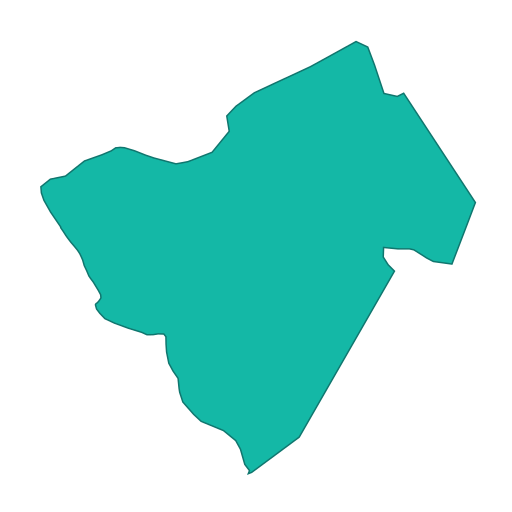 Esperance, Vieux Fort, Saint Lucia (Natural Earth projection), rotated 92°
{"feature_id": "8701671B19142540356259", "entity_name": "Esperance", "entity_type": "district", "adm_level": 2, "iso_a3": "LCA", "parent_name": "Saint Lucia", "parent_adm1": "Vieux Fort", "projection": "natural_earth1", "projection_center": [-60.961, 13.789], "detail": "fine", "context": "isolated", "style": "filled", "palette": "teal", "viewbox_px": 512, "rotation_deg": 92, "n_neighbors": 0, "source": "geoboundaries", "source_scale": "gbopen_adm2", "svg_char_len": 1449}
<svg xmlns="http://www.w3.org/2000/svg" viewBox="0 0 512 512"><g transform="rotate(92 256 256)"><path d="M233.9,452.1L234.5,452.2L238.4,449.3L240.0,448.2L242.2,446.7L244.4,445.0L248.7,441.5L252.4,438.1L256.4,434.6L259.8,432.2L262.9,430.6L266.0,429.1L271.6,427.3L276.6,424.7L281.8,422.3L284.4,420.4L287.6,417.8L290.8,415.7L295.8,412.4L300.1,409.9L303.2,409.5L304.4,410.1L306.8,411.7L308.4,413.1L309.1,414.1L310.0,414.7L310.6,414.7L314.5,413.5L318.7,410.1L323.9,404.8L328.1,394.9L332.7,380.8L336.3,367.5L338.5,362.2L338.2,356.1L337.2,351.1L337.2,345.4L339.8,343.2L347.3,342.8L355.1,342.0L366.2,339.4L374.0,334.8L381.0,329.6L391.3,328.2L394.9,327.5L404.5,324.0L416.5,312.7L423.2,305.0L431.6,282.4L441.2,269.8L449.6,264.8L464.7,259.9L470.7,255.0L473.8,256.1L472.4,252.8L435.5,206.5L266.3,117.1L260.2,123.6L252.6,128.8L243.0,128.8L243.9,114.5L243.7,108.0L243.5,102.9L244.3,98.5L249.7,89.2L251.9,85.6L254.8,79.6L255.3,78.5L257.2,59.9L219.3,46.9L194.9,38.6L88.2,114.1L91.6,120.4L89.1,133.8L61.1,144.2L43.3,151.6L38.2,163.5L64.9,208.2L82.4,242.7L92.9,263.3L106.9,281.1L110.7,284.5L117.1,290.1L132.3,287.1L153.9,303.5L164.1,327.3L165.5,333.5L166.7,339.2L161.6,361.5L160.4,365.4L159.2,369.5L156.7,376.5L155.2,380.7L152.4,391.2L152.2,395.5L152.6,398.2L152.8,400.0L156.0,404.4L160.3,413.7L167.0,430.7L174.3,439.3L182.8,449.2L186.4,464.2L194.3,473.4L200.4,472.7L207.7,469.9L219.3,462.8L233.9,452.1Z" fill="#14b8a6" stroke="#0f766e" stroke-width="1.5"/></g></svg>